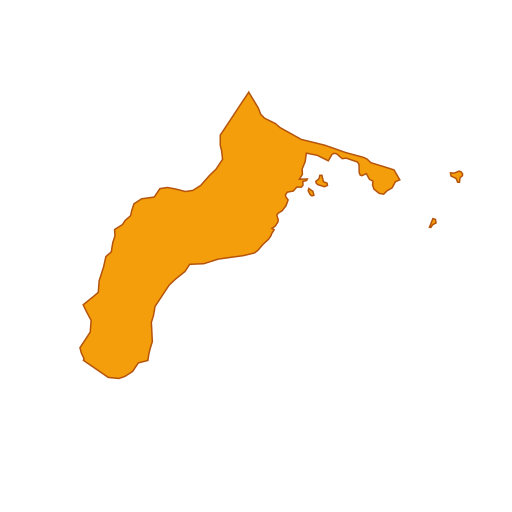 Kumya, Hamgyŏng-namdo, North Korea (Equal Earth projection), rotated 303°
{"feature_id": "82179303B64116140751716", "entity_name": "Kumya", "entity_type": "district", "adm_level": 2, "iso_a3": "PRK", "parent_name": "North Korea", "parent_adm1": "Hamgyŏng-namdo", "projection": "equal_earth", "projection_center": [127.363, 39.407], "detail": "fine", "context": "isolated", "style": "filled", "palette": "amber", "viewbox_px": 512, "rotation_deg": 303, "n_neighbors": 0, "source": "geoboundaries", "source_scale": "gbopen_adm2", "svg_char_len": 2299}
<svg xmlns="http://www.w3.org/2000/svg" viewBox="0 0 512 512"><g transform="rotate(303 256 256)"><path d="M282.4,257.2L282.6,257.0L287.9,256.9L287.9,254.3L291.2,255.8L296.4,255.9L298.5,254.9L301.5,251.2L303.8,251.2L308.2,253.3L314.6,253.8L320.5,252.4L321.9,248.7L323.5,247.3L326.7,247.6L330.8,251.9L336.0,252.7L338.5,256.6L340.8,256.9L344.1,254.7L346.8,257.3L348.6,257.1L344.0,250.6L349.8,250.4L354.2,247.3L361.8,245.9L369.7,242.2L373.8,252.5L375.2,264.8L382.7,264.4L384.8,265.7L385.6,268.0L384.6,275.3L387.2,278.4L389.7,288.4L390.1,290.0L388.8,292.6L382.3,297.0L380.6,299.3L381.0,301.0L385.2,303.7L382.1,309.4L382.5,313.3L379.1,315.0L376.3,318.5L375.6,325.1L377.4,329.4L382.1,330.4L387.2,333.0L394.3,332.5L398.2,335.1L403.2,325.2L403.4,324.8L396.8,301.4L397.8,296.4L397.3,292.6L391.5,274.5L386.4,253.4L382.6,242.4L378.4,230.5L376.8,206.3L377.6,200.0L376.2,188.2L377.4,182.8L381.4,177.3L389.2,161.1L389.5,160.7L373.6,160.5L358.3,160.4L346.4,160.3L337.9,160.2L329.3,165.8L325.8,169.6L318.9,175.3L307.0,175.2L298.6,173.2L285.0,171.2L276.6,167.3L271.6,161.6L268.4,152.1L265.2,144.4L260.2,138.7L253.5,138.6L250.1,138.6L245.1,132.9L241.8,129.0L233.4,125.2L226.5,127.0L221.4,128.9L214.7,126.9L209.6,126.9L201.2,123.0L199.3,124.4L196.0,126.8L189.2,128.6L180.6,132.4L173.8,130.4L163.6,134.2L149.9,137.9L139.6,143.5L132.8,141.5L121.0,137.6L117.5,143.3L112.2,152.8L101.9,158.4L93.4,158.4L83.2,158.3L79.7,162.1L76.2,167.7L74.5,168.1L74.4,171.5L74.1,182.9L73.9,190.6L73.7,198.2L78.6,207.7L83.6,211.6L92.0,215.4L102.2,215.5L109.5,222.2L115.7,219.4L120.9,217.6L127.7,215.7L138.1,208.2L143.3,204.4L150.1,202.5L158.7,198.8L172.3,198.9L184.2,199.0L192.6,201.0L204.4,204.9L212.9,204.9L221.1,216.4L232.8,226.0L239.5,233.7L249.4,245.2L257.7,253.0L261.7,254.5L269.4,255.5L277.0,257.4L281.3,257.5L282.4,257.2ZM437.5,384.4L438.3,381.8L437.7,380.0L433.6,377.2L431.6,373.8L429.3,376.0L430.0,381.6L427.7,384.9L428.7,386.5L432.6,384.5L435.8,385.4L437.5,384.4ZM351.2,265.5L349.9,266.8L349.5,268.9L351.4,275.7L354.1,277.5L355.8,275.9L355.0,272.1L359.6,267.3L358.4,265.6L355.1,266.8L351.2,265.5ZM384.4,386.6L383.7,384.0L374.6,385.8L375.2,387.1L378.4,387.1L381.8,389.0L384.4,386.6ZM341.2,268.5L341.4,263.5L339.1,264.3L336.9,268.1L336.9,270.2L338.5,271.5L341.2,268.5Z" fill="#f59e0b" stroke="#b45309" stroke-width="1.5"/></g></svg>